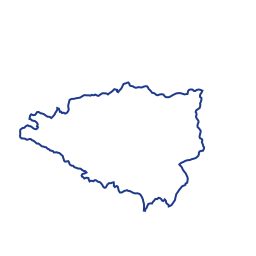 outline of Ladainha, Minas Gerais, Brazil, rotated 40°
{"feature_id": "56859067B31112130253713", "entity_name": "Ladainha", "entity_type": "district", "adm_level": 2, "iso_a3": "BRA", "parent_name": "Brazil", "parent_adm1": "Minas Gerais", "projection": "natural_earth1", "projection_center": [-41.833, -17.606], "detail": "fine", "context": "isolated", "style": "outline", "palette": "blue", "viewbox_px": 256, "rotation_deg": 40, "n_neighbors": 0, "source": "geoboundaries", "source_scale": "gbopen_adm2", "svg_char_len": 4532}
<svg xmlns="http://www.w3.org/2000/svg" viewBox="0 0 256 256"><g transform="rotate(40 128 128)"><path d="M161.0,51.6L159.9,52.0L158.8,52.3L157.4,53.1L156.2,54.6L155.7,56.5L154.8,57.2L152.8,57.1L151.2,58.2L150.3,59.5L150.3,61.0L151.0,62.4L151.7,63.7L150.9,64.5L149.6,66.0L147.5,66.8L145.7,67.6L144.0,69.1L142.8,70.4L142.0,72.1L141.0,74.4L140.3,76.5L139.6,78.0L138.5,79.0L137.0,80.1L135.3,80.0L133.5,79.6L131.7,80.8L130.6,82.2L129.5,84.0L128.4,84.4L127.3,84.4L125.6,84.5L123.8,85.5L121.5,85.0L120.1,84.9L118.7,84.8L117.3,84.1L115.9,83.8L114.7,84.6L113.5,86.1L112.8,87.7L111.4,89.0L109.9,89.8L109.1,90.9L108.2,92.1L106.5,92.8L104.9,92.9L103.4,93.9L101.9,94.2L100.6,93.3L99.1,92.9L98.2,94.0L97.5,95.4L96.3,97.1L96.7,98.9L97.2,100.5L97.5,102.4L97.3,105.0L97.4,106.9L96.0,107.0L95.1,105.8L93.9,106.5L92.6,107.0L92.4,109.3L92.0,111.4L91.4,113.3L91.0,115.2L89.6,115.3L88.3,116.1L87.0,117.0L85.9,118.2L85.3,120.1L84.8,122.3L83.1,123.1L81.5,123.4L80.9,124.6L80.0,125.5L78.9,125.9L78.4,127.4L77.2,128.0L76.1,128.9L75.2,129.7L74.1,130.3L73.1,131.4L72.5,133.3L71.8,135.4L70.7,136.8L69.5,138.1L68.6,139.4L67.5,140.7L66.1,142.0L65.2,144.0L66.3,146.3L67.2,148.2L67.8,149.3L69.1,150.6L70.5,151.7L71.2,153.1L71.4,154.5L71.3,156.1L70.5,157.4L69.0,157.6L67.7,159.0L66.4,158.5L65.5,159.4L64.3,158.6L62.6,157.6L61.0,158.2L62.1,159.4L62.4,161.3L62.6,162.9L63.1,164.8L63.1,166.9L63.0,168.3L62.8,169.7L61.5,169.7L60.2,170.2L59.2,171.0L57.6,171.3L56.0,171.3L54.3,171.6L52.8,172.1L51.7,172.9L50.3,173.0L49.1,173.3L48.1,174.4L48.4,176.1L48.3,177.9L47.0,179.2L45.1,179.7L45.1,181.5L46.1,183.3L46.7,184.4L48.1,183.8L49.7,183.9L51.0,183.2L52.4,182.5L54.7,182.5L56.5,183.2L57.2,185.3L58.5,185.2L58.8,186.6L58.4,188.0L56.9,188.8L55.5,189.1L53.3,189.1L52.0,189.4L51.0,190.2L49.4,190.4L48.7,191.9L48.4,194.5L47.2,195.9L46.6,198.4L47.6,200.1L48.8,201.2L49.6,202.2L50.3,203.5L51.7,204.4L53.4,204.3L54.7,203.2L56.2,202.3L57.9,202.1L58.9,201.0L59.7,199.6L61.0,198.9L62.2,199.1L63.4,198.6L65.0,198.4L66.7,198.5L68.2,198.5L69.3,197.5L70.8,197.4L72.4,197.4L73.9,197.4L75.1,196.6L76.3,196.2L77.8,195.4L79.8,195.6L81.4,195.0L82.5,195.3L84.2,194.5L85.6,194.0L87.0,194.3L87.9,193.5L89.0,192.4L90.5,191.9L91.6,191.3L93.4,191.3L96.3,191.5L97.6,192.6L98.7,193.1L100.0,194.1L101.4,194.2L102.3,193.3L103.5,191.8L104.9,192.2L106.0,193.0L107.5,193.4L109.0,193.1L110.3,192.2L112.1,192.5L114.3,191.6L116.0,191.1L117.1,190.1L118.1,189.6L119.6,189.7L121.4,189.4L123.2,188.5L124.8,188.8L124.0,190.6L122.7,192.5L122.9,194.1L123.9,194.8L125.5,194.5L127.0,194.8L128.0,192.9L129.8,191.8L131.4,192.9L132.9,193.6L133.4,192.3L134.4,191.7L135.7,191.1L136.0,189.5L136.9,188.7L138.3,188.5L139.6,188.5L140.8,187.7L142.0,187.6L143.3,187.7L145.1,188.2L146.7,188.9L148.4,188.9L149.2,187.8L148.9,186.3L148.6,184.5L148.9,182.5L150.2,181.4L151.0,180.1L151.9,178.8L153.2,179.9L154.3,181.4L155.9,181.7L156.6,179.7L157.9,179.5L159.2,180.5L161.3,182.0L163.2,182.6L164.4,181.7L165.1,180.4L165.5,178.8L166.4,177.5L167.2,176.3L168.5,176.1L169.5,175.4L170.7,174.9L172.5,174.6L174.4,174.1L175.9,173.2L177.1,172.0L179.2,171.1L180.9,171.2L182.2,171.7L183.5,172.2L185.4,173.2L186.7,174.3L188.1,175.2L189.7,176.5L191.0,178.1L192.2,179.6L193.2,181.1L194.3,180.4L193.5,179.1L193.6,177.3L192.9,175.2L192.4,173.1L193.6,171.4L194.9,170.4L194.6,168.8L194.7,167.0L194.6,164.7L196.1,163.7L196.2,161.9L197.5,161.2L199.3,161.1L200.6,161.7L202.1,161.2L202.0,159.1L203.8,159.4L205.2,160.7L207.0,161.0L208.4,160.8L209.6,161.9L210.5,160.2L210.9,158.7L210.7,157.2L210.5,155.0L210.3,153.1L209.6,151.7L208.9,150.5L208.2,149.0L207.5,147.6L207.4,145.8L207.2,144.2L207.0,142.3L207.0,140.1L206.9,138.0L207.7,136.4L208.5,134.7L207.8,133.5L208.5,131.9L207.6,130.4L206.6,128.7L205.1,127.4L203.9,126.9L202.6,126.2L200.9,125.5L199.2,125.3L197.9,124.9L196.8,124.7L195.7,124.1L194.2,123.4L192.2,123.2L190.8,123.0L190.9,121.4L191.5,119.8L192.3,118.4L192.8,116.9L193.5,115.5L194.6,114.1L195.6,113.2L196.3,112.1L196.9,110.9L197.7,109.8L198.6,108.5L199.4,106.8L199.7,104.3L199.3,102.7L198.3,101.6L197.9,100.0L198.7,98.6L200.0,97.3L199.6,95.3L198.7,93.9L197.4,93.6L196.3,92.7L194.7,91.9L193.5,91.2L193.1,89.9L192.1,89.1L191.0,89.2L189.6,89.5L188.4,88.7L187.7,87.5L187.1,86.2L186.4,84.9L185.8,83.7L184.6,83.1L182.7,82.7L180.7,82.5L179.4,81.2L178.7,79.6L178.3,78.1L177.0,77.1L175.7,76.8L174.4,76.5L172.8,75.6L171.9,73.7L170.9,72.7L169.6,72.3L168.9,70.7L169.4,68.8L170.0,66.6L169.4,65.1L168.6,63.9L167.5,62.9L166.9,61.0L166.1,59.2L164.8,57.7L163.2,57.9L162.1,56.6L161.7,55.4L161.6,53.6L161.0,51.6Z" fill="none" stroke="#1e3a8a" stroke-width="2"/></g></svg>